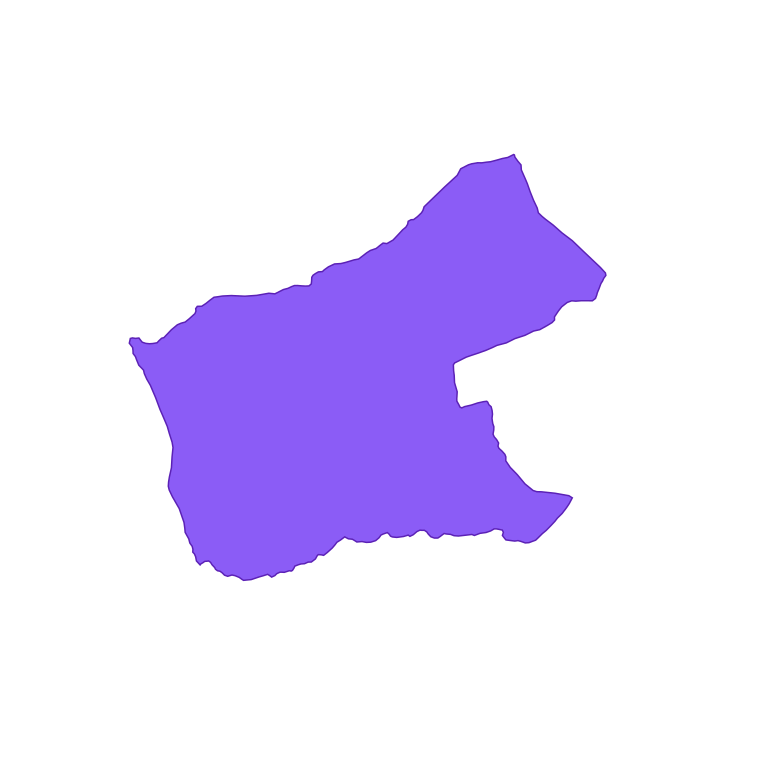 outline of Kiruna, Norrbotten, Sweden, rotated 132°
{"feature_id": "70781695B94600430897975", "entity_name": "Kiruna", "entity_type": "district", "adm_level": 2, "iso_a3": "SWE", "parent_name": "Sweden", "parent_adm1": "Norrbotten", "projection": "orthographic", "projection_center": [20.786, 68.216], "detail": "fine", "context": "isolated", "style": "filled", "palette": "violet", "viewbox_px": 768, "rotation_deg": 132, "n_neighbors": 0, "source": "geoboundaries", "source_scale": "gbopen_adm2", "svg_char_len": 4335}
<svg xmlns="http://www.w3.org/2000/svg" viewBox="0 0 768 768"><g transform="rotate(132 384 384)"><path d="M641.5,399.6L640.1,399.7L638.0,399.0L635.7,398.5L634.2,397.0L632.9,396.0L632.6,393.6L633.4,390.8L633.7,387.0L634.4,385.3L634.2,382.8L632.9,380.6L632.6,378.0L632.8,374.6L631.5,371.5L627.7,369.2L626.1,366.4L624.6,362.2L624.3,359.2L623.9,357.0L620.9,354.3L618.2,351.8L611.1,347.8L607.4,345.5L603.3,343.1L602.9,340.9L602.7,338.3L599.4,336.9L596.8,336.8L593.5,335.4L592.2,334.0L590.7,332.1L587.5,330.2L586.2,329.5L585.1,327.8L583.8,327.3L581.2,327.7L579.0,328.4L575.8,326.8L573.3,325.3L570.7,322.8L567.1,321.2L565.0,318.9L559.9,317.9L556.5,318.7L554.8,318.7L552.9,316.3L551.7,314.2L547.2,313.4L540.5,312.7L536.4,312.8L533.1,313.1L529.0,311.9L523.9,310.9L522.9,306.9L520.5,303.6L519.9,300.5L519.6,298.5L515.8,294.9L513.5,291.1L510.4,288.0L506.0,285.4L501.7,284.8L499.5,285.0L498.4,285.2L496.0,284.2L492.2,282.1L492.2,279.5L492.7,277.4L492.1,275.5L489.5,271.9L484.2,267.4L480.1,264.9L479.9,262.8L476.4,261.4L471.7,260.8L468.6,259.5L467.2,257.7L465.7,256.1L465.3,253.2L465.9,250.7L466.2,247.0L464.8,243.5L462.4,240.9L459.6,240.2L454.9,239.3L453.8,237.4L451.2,233.9L449.9,230.5L447.2,227.0L442.8,223.1L437.0,218.0L436.1,215.5L430.7,212.7L426.1,208.8L421.8,206.4L418.0,205.2L416.6,203.7L415.2,201.5L413.4,198.3L414.4,196.0L417.3,194.7L417.8,192.3L418.3,189.1L416.0,185.7L413.2,181.7L410.7,179.6L409.3,176.8L407.6,172.7L404.9,170.1L401.6,168.4L398.6,166.8L396.0,166.6L389.2,166.2L386.4,165.8L384.3,165.5L377.0,165.2L371.6,165.1L367.7,165.4L360.9,165.0L353.7,165.6L348.9,166.3L342.6,167.9L343.3,171.9L350.8,183.9L358.8,194.9L361.8,198.4L363.4,202.0L363.9,212.4L362.2,224.2L361.5,234.4L359.6,242.1L356.6,244.7L355.4,247.1L354.9,251.3L354.9,255.5L353.9,257.7L351.2,259.3L350.0,263.0L349.5,266.8L348.3,269.4L344.8,271.6L342.2,273.8L340.7,276.6L338.9,278.8L337.2,280.8L333.8,283.2L331.3,286.0L329.2,289.2L329.2,292.3L328.1,294.7L328.1,296.1L330.5,298.2L335.4,301.7L341.2,305.0L346.9,309.0L349.7,310.2L350.3,312.1L349.3,314.5L348.0,318.4L346.1,320.2L344.3,321.6L340.8,324.4L335.8,332.5L330.6,337.6L327.5,341.2L323.3,345.3L321.1,345.6L309.1,340.9L304.2,338.2L297.9,334.6L290.4,330.6L284.3,327.8L279.7,325.9L271.6,320.6L262.7,317.1L253.5,311.8L244.6,308.3L239.4,304.6L231.2,301.8L225.9,300.2L222.3,300.1L220.1,302.2L213.4,303.2L207.7,303.6L200.8,302.4L196.6,300.2L194.1,296.9L190.3,293.3L186.4,289.0L182.7,284.8L178.9,284.1L175.6,285.4L173.5,286.5L169.8,287.8L168.0,288.5L164.2,290.0L161.2,290.5L158.5,291.4L154.8,291.8L153.3,293.8L152.6,301.1L152.0,324.4L151.5,339.9L152.6,352.9L152.7,364.6L153.5,373.9L153.7,378.7L153.5,383.8L150.7,387.9L147.4,395.8L143.3,404.1L139.2,411.6L137.0,416.3L133.0,425.2L129.5,428.8L128.9,433.4L127.8,438.5L126.5,440.4L126.7,441.2L132.8,443.6L137.2,446.9L142.3,450.1L147.6,453.6L150.6,456.3L154.3,459.4L156.9,462.4L161.7,466.2L164.6,467.9L170.8,470.3L172.8,471.0L177.1,469.9L180.0,469.2L197.0,470.8L225.4,472.8L229.0,471.2L231.7,470.7L237.2,471.1L242.0,472.0L243.8,473.8L246.9,474.9L249.5,473.3L252.8,472.7L256.8,473.3L263.3,473.4L271.0,473.6L277.7,475.8L279.9,479.0L283.5,479.7L288.5,480.5L293.9,483.5L297.9,484.6L308.1,486.5L311.8,489.3L315.6,491.6L319.5,494.0L323.3,496.6L327.9,501.1L334.1,503.7L339.2,504.8L341.7,505.0L344.6,507.8L348.0,508.9L350.7,509.5L353.0,509.1L355.8,506.8L358.3,505.0L361.3,505.4L363.6,507.7L365.9,510.5L368.8,514.3L370.7,516.4L373.6,517.9L377.2,519.4L381.2,522.0L390.0,525.4L393.6,530.3L403.3,537.9L411.8,546.1L420.5,556.7L426.7,562.9L430.5,566.0L433.3,568.4L438.2,569.4L443.3,570.2L448.2,571.5L451.2,574.7L454.0,574.4L455.7,572.5L458.2,571.6L465.9,572.4L471.0,573.2L474.6,575.5L478.3,577.2L486.0,578.3L496.8,578.6L498.8,579.9L502.6,580.2L505.2,580.2L508.6,582.9L511.0,585.2L513.2,588.2L514.7,591.6L514.4,593.7L513.8,596.9L516.4,599.2L518.1,601.8L519.9,603.0L521.8,601.9L524.1,600.6L525.1,595.2L527.2,592.8L529.2,590.9L530.0,587.0L531.5,584.2L534.1,578.8L534.6,572.0L536.7,569.0L539.1,563.6L541.3,556.8L547.0,544.5L552.7,533.6L556.7,524.8L560.5,516.7L564.5,510.3L569.0,502.6L572.4,498.3L579.9,492.8L588.5,485.9L596.5,481.4L601.0,478.5L604.3,475.9L606.5,472.7L609.4,465.7L613.6,452.8L620.7,440.0L624.5,435.5L627.3,432.5L629.7,425.5L632.1,421.9L633.0,417.9L634.7,415.4L636.9,413.6L637.1,411.3L638.4,408.4L641.0,405.0L641.5,399.6Z" fill="#8b5cf6" stroke="#5b21b6" stroke-width="1.5"/></g></svg>